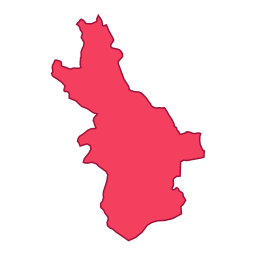 Meknès - Tafilalet, Robinson projection
{"feature_id": "MAR-1452", "entity_name": "Meknès - Tafilalet", "entity_type": "Region", "adm_level": 1, "iso_a3": "MAR", "parent_name": "Morocco", "parent_adm1": "", "projection": "robinson", "projection_center": [-5.04, 32.255], "detail": "fine", "context": "isolated", "style": "filled", "palette": "rose", "viewbox_px": 256, "rotation_deg": 0, "n_neighbors": 0, "source": "natural_earth", "source_scale": "10m", "svg_char_len": 2906}
<svg xmlns="http://www.w3.org/2000/svg" viewBox="0 0 256 256"><path d="M204.0,157.0L201.3,157.9L187.6,160.4L185.8,160.5L183.8,160.1L180.6,161.8L180.1,176.1L176.6,176.4L174.0,178.3L173.4,179.0L173.2,180.0L173.5,184.2L173.4,185.5L172.5,187.2L172.2,188.3L172.3,189.3L172.9,189.8L173.7,189.8L174.5,189.5L175.9,188.1L176.6,187.8L177.4,188.0L178.1,188.7L179.4,190.8L180.2,191.6L181.9,192.5L182.4,193.0L182.9,194.0L183.1,195.0L183.2,196.1L185.7,200.2L183.1,204.5L180.8,206.8L181.2,210.3L181.5,213.8L172.7,218.5L164.8,220.4L157.5,220.8L152.0,222.4L147.4,225.1L142.1,232.1L135.5,237.5L128.6,240.6L121.4,235.6L116.3,232.2L112.6,229.0L110.2,228.1L107.5,225.7L107.1,222.3L108.1,219.9L108.1,217.1L106.4,215.0L104.7,212.6L103.9,210.5L102.3,208.7L100.9,207.6L100.7,204.9L100.9,203.0L102.2,201.7L103.6,197.8L103.2,195.1L103.5,191.6L106.9,181.0L107.8,174.8L106.0,171.4L98.8,166.3L96.5,163.9L93.7,162.8L91.3,162.3L87.8,163.1L85.3,163.0L83.3,162.3L84.4,158.6L88.7,153.3L91.0,149.1L90.3,145.6L87.0,143.9L80.1,146.0L79.0,143.0L77.6,141.4L78.0,139.0L79.4,136.5L82.8,134.3L88.0,130.2L89.9,129.3L91.8,128.6L95.5,128.5L95.9,127.6L94.5,124.4L94.2,122.6L93.2,120.5L94.1,117.7L95.5,116.0L97.2,114.7L97.4,113.9L93.4,112.8L87.3,108.6L81.6,106.4L75.8,100.8L69.2,98.1L69.1,95.7L69.4,94.5L68.5,92.3L67.1,91.6L64.8,91.5L64.0,90.7L64.2,88.6L64.6,87.5L65.0,85.9L61.7,82.2L56.1,78.2L54.4,77.3L52.4,75.7L51.6,73.3L52.9,71.7L52.5,69.1L52.2,67.9L52.5,66.4L52.6,65.3L54.1,62.5L54.8,60.5L55.9,60.1L57.2,60.3L60.3,61.3L61.3,62.2L61.4,63.4L61.5,64.4L61.4,65.4L62.0,66.2L64.3,67.0L65.4,67.2L66.6,67.6L67.5,68.2L70.1,69.0L71.3,69.0L72.2,68.4L73.6,68.1L78.9,68.3L80.2,67.8L81.1,67.1L80.6,66.3L80.3,65.3L80.2,64.3L80.3,62.9L80.2,61.7L80.6,60.1L80.4,58.7L81.0,57.0L81.2,55.1L81.1,53.3L81.1,52.1L82.1,48.9L83.4,46.6L84.1,42.8L83.6,41.4L82.8,40.5L82.4,39.3L81.6,38.3L81.2,37.3L82.5,33.4L81.9,32.0L80.9,30.7L80.1,29.3L80.0,28.2L78.9,26.1L78.4,25.4L76.7,24.5L77.7,22.7L79.2,21.7L79.8,20.4L80.6,19.8L81.2,19.2L83.3,20.3L84.0,21.1L84.8,21.8L85.2,23.0L86.3,23.5L87.7,23.8L89.6,23.7L91.3,23.8L96.0,21.8L96.9,21.1L97.0,20.1L96.7,19.1L98.3,15.4L100.2,18.2L101.4,20.0L102.0,21.9L102.4,23.9L102.5,25.3L103.2,26.0L104.5,25.8L105.2,25.2L106.3,24.9L106.9,26.1L108.9,30.9L112.8,37.9L113.7,40.1L113.0,41.4L110.7,44.9L110.9,46.7L112.3,48.0L118.9,49.5L120.9,51.1L122.3,53.5L122.6,56.5L118.7,61.0L118.1,63.4L124.1,79.5L128.0,85.3L128.9,87.4L129.2,89.3L130.9,90.7L134.7,91.7L138.5,92.0L141.4,93.0L145.9,97.6L150.5,104.1L151.5,105.9L153.4,107.2L155.8,108.1L159.5,107.7L161.3,108.0L164.6,107.8L167.4,112.2L168.7,114.8L171.8,119.4L173.8,123.5L174.5,126.4L176.4,127.6L177.0,129.9L178.8,131.7L179.4,133.7L180.6,134.3L183.3,133.7L185.3,132.8L186.6,131.9L188.5,131.9L190.8,132.5L192.3,133.2L194.4,133.7L196.6,133.2L198.8,133.0L200.7,133.6L199.8,136.3L199.7,141.0L200.2,144.5L202.5,149.7L204.4,151.1L204.0,154.0L204.0,157.0Z" fill="#f43f5e" stroke="#9f1239" stroke-width="1.5"/></svg>